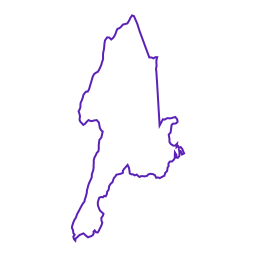 Itabuna, Bahia, Brazil (Equal Earth projection)
{"feature_id": "56859067B9153325788025", "entity_name": "Itabuna", "entity_type": "district", "adm_level": 2, "iso_a3": "BRA", "parent_name": "Brazil", "parent_adm1": "Bahia", "projection": "equal_earth", "projection_center": [-39.322, -14.862], "detail": "fine", "context": "isolated", "style": "outline", "palette": "violet", "viewbox_px": 256, "rotation_deg": 0, "n_neighbors": 0, "source": "geoboundaries", "source_scale": "gbopen_adm2", "svg_char_len": 2971}
<svg xmlns="http://www.w3.org/2000/svg" viewBox="0 0 256 256"><path d="M78.6,111.3L79.4,113.6L80.0,116.3L79.7,118.1L79.6,120.1L80.4,121.8L81.8,123.2L83.3,124.9L85.0,123.8L86.7,121.8L88.5,120.1L91.2,121.2L94.5,120.4L96.7,120.1L98.8,122.4L99.4,125.4L99.9,128.0L101.2,130.4L102.7,131.5L102.0,134.8L101.4,137.4L99.4,139.9L99.0,142.8L98.7,145.6L98.8,148.7L98.3,151.4L96.8,152.8L95.8,155.1L94.5,157.5L93.7,160.2L93.8,162.6L93.6,164.9L93.6,167.7L93.2,170.4L91.9,174.1L91.7,177.4L90.4,180.3L89.0,183.3L88.1,186.0L87.5,188.6L86.9,190.5L86.8,192.7L86.3,194.8L85.7,196.9L84.8,199.6L84.4,201.7L82.9,203.5L81.4,206.1L80.4,208.0L79.5,209.7L78.7,211.3L77.7,213.0L76.9,214.7L75.9,217.6L74.4,219.9L73.1,223.1L72.2,225.9L71.9,227.8L73.0,230.2L73.4,233.2L74.7,234.8L73.3,236.6L74.0,239.2L75.3,240.6L75.6,238.5L77.6,236.9L79.4,235.1L81.3,234.3L83.5,233.4L85.2,235.0L86.5,236.1L88.0,237.3L89.5,236.7L91.0,236.3L92.7,235.2L93.7,233.5L93.5,231.6L94.7,230.4L96.1,232.3L97.8,232.4L98.8,230.8L99.9,228.5L100.9,226.6L101.7,224.7L102.3,222.6L101.5,220.8L101.3,218.0L102.9,215.7L103.5,213.7L101.4,211.9L100.0,210.6L99.0,208.4L97.9,205.3L97.8,202.4L98.5,199.9L99.3,197.7L101.0,197.0L102.9,197.3L104.2,195.9L105.7,196.3L106.8,194.2L107.2,191.6L108.7,189.6L109.1,186.2L110.8,183.6L112.4,182.3L113.2,180.0L113.9,178.0L115.2,176.7L116.4,174.7L118.4,174.3L121.0,173.7L122.9,172.8L122.9,170.7L123.9,169.2L127.6,164.9L129.0,167.9L129.4,170.4L129.8,173.5L131.4,174.3L133.0,174.3L134.7,175.4L136.7,174.6L138.3,176.1L139.6,177.0L140.8,176.2L142.5,176.1L144.8,176.4L147.1,175.8L148.2,174.5L149.8,173.9L151.4,173.9L153.2,174.2L155.0,175.3L156.2,177.8L158.0,177.4L159.8,178.1L162.4,176.7L164.4,175.7L165.2,173.0L167.1,171.0L167.6,167.5L168.6,166.1L168.4,163.8L169.7,161.6L172.1,161.4L173.6,160.0L174.8,158.0L174.8,154.9L174.9,152.5L176.3,154.8L176.4,157.5L177.8,157.8L179.4,155.9L179.5,152.4L179.1,150.2L180.8,151.4L182.0,154.5L184.1,153.4L183.4,151.8L182.2,148.9L180.7,147.1L179.2,147.8L178.2,146.1L176.6,147.2L177.0,143.8L175.3,145.6L173.2,145.6L170.8,144.0L169.5,142.1L169.4,138.5L168.7,134.6L170.6,132.5L171.6,125.0L172.9,123.7L174.5,123.7L176.3,123.2L177.6,121.8L177.2,119.4L175.3,117.0L173.3,117.5L171.7,118.1L169.6,118.4L167.6,118.1L166.2,118.7L164.7,119.6L162.9,119.3L159.6,125.5L157.0,81.6L156.7,77.4L156.4,72.1L156.0,68.7L156.6,65.8L156.4,63.2L156.4,60.3L157.2,57.2L155.2,57.2L153.6,58.4L151.6,57.5L149.3,57.4L144.5,44.5L143.4,41.4L139.9,32.0L137.2,23.6L134.0,16.2L132.1,15.4L130.5,17.7L129.2,20.4L127.4,23.4L125.3,24.0L123.1,24.5L121.9,25.7L120.7,27.2L119.0,28.4L117.5,28.8L116.4,31.1L115.3,34.3L114.0,36.7L112.9,38.1L111.2,39.5L109.4,37.6L107.1,37.4L105.0,40.4L104.5,43.2L104.2,47.0L103.8,50.1L103.3,52.0L103.0,54.9L103.1,58.4L102.7,60.3L101.9,62.5L101.4,64.6L100.3,67.1L99.2,69.6L97.8,71.8L95.8,72.8L94.0,74.2L92.8,76.5L89.0,89.4L87.7,91.6L86.2,91.6L85.0,92.7L83.4,95.0L82.8,97.5L81.9,100.2L80.7,102.6L80.4,104.9L80.4,107.2L79.6,109.5L78.6,111.3Z" fill="none" stroke="#5b21b6" stroke-width="2"/></svg>